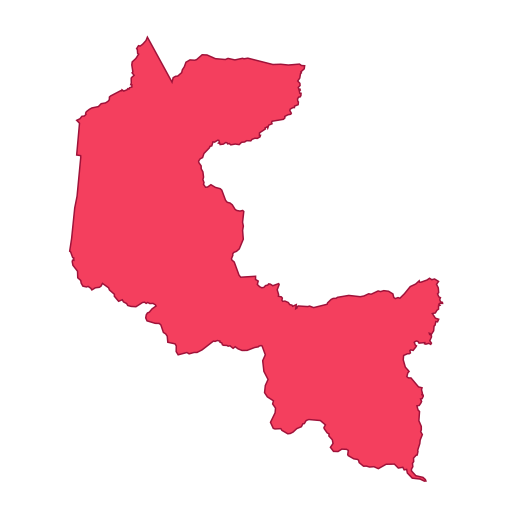 São Miguel do Guaporé, Rondônia, Brazil, rotated 186°
{"feature_id": "56859067B22214144966300", "entity_name": "São Miguel do Guaporé", "entity_type": "district", "adm_level": 2, "iso_a3": "BRA", "parent_name": "Brazil", "parent_adm1": "Rondônia", "projection": "albers", "projection_center": [-63.108, -11.621], "detail": "fine", "context": "isolated", "style": "filled", "palette": "rose", "viewbox_px": 512, "rotation_deg": 186, "n_neighbors": 0, "source": "geoboundaries", "source_scale": "gbopen_adm2", "svg_char_len": 5986}
<svg xmlns="http://www.w3.org/2000/svg" viewBox="0 0 512 512"><g transform="rotate(186 256 256)"><path d="M448.5,372.2L445.4,369.6L444.9,337.7L440.9,337.5L440.6,336.1L440.2,296.8L441.3,284.9L441.2,254.1L441.8,241.3L440.8,240.7L438.1,235.2L437.1,235.1L436.7,232.6L438.0,232.7L438.2,231.2L437.1,227.6L431.9,222.2L431.0,215.7L427.8,213.4L427.0,210.7L425.0,207.9L421.4,207.5L419.8,208.2L417.0,206.7L415.7,205.1L412.4,207.6L408.5,208.5L407.0,209.8L405.8,212.7L399.3,209.0L398.2,206.9L392.8,203.1L392.7,201.2L387.9,196.6L384.4,198.5L383.0,196.5L379.7,195.2L378.4,193.4L375.0,192.8L370.1,193.0L364.0,197.9L362.0,198.4L360.3,197.4L358.8,198.5L356.6,197.6L353.5,198.1L350.9,196.9L350.2,195.8L353.9,192.5L356.2,189.0L358.0,188.0L359.0,186.0L359.2,182.9L357.6,180.1L349.2,178.5L345.2,178.8L343.4,177.5L340.1,170.3L337.7,169.1L335.9,167.0L334.7,161.0L327.4,160.2L325.9,158.3L325.4,152.6L323.1,149.6L314.6,152.8L312.3,151.7L307.5,153.6L304.6,153.9L299.8,157.0L289.5,166.9L287.7,166.8L285.7,167.9L283.0,167.6L282.8,166.5L281.0,166.0L280.1,164.2L279.0,163.8L275.5,164.0L274.3,163.4L272.5,164.0L269.1,161.8L267.2,163.6L264.2,161.8L260.0,160.6L255.0,161.2L247.7,164.9L244.2,165.9L243.6,166.7L241.6,167.5L240.5,167.1L236.4,158.7L238.4,152.6L236.1,142.1L231.1,134.5L233.2,128.2L233.2,121.0L230.0,117.1L223.5,113.8L224.0,110.6L220.7,106.8L220.6,102.1L224.2,92.1L220.8,86.4L219.1,86.0L213.3,86.9L212.0,85.3L205.8,82.5L203.3,83.1L200.7,84.8L197.4,88.6L193.0,91.0L191.9,94.0L190.4,94.4L189.0,97.5L187.5,98.4L186.3,98.9L174.8,99.1L169.3,95.3L170.5,92.5L170.2,91.5L166.8,87.6L164.7,86.6L164.7,84.6L160.9,81.2L159.8,77.6L162.0,73.5L158.5,69.8L154.0,70.1L150.5,72.9L145.7,73.2L143.9,72.3L144.0,68.0L143.4,67.1L137.5,64.5L133.7,64.3L132.6,63.5L131.8,61.3L127.1,58.2L124.3,58.6L121.0,58.0L116.7,58.8L112.1,57.3L104.8,62.5L96.6,63.5L92.3,60.0L87.9,61.2L86.3,58.8L83.9,59.5L82.8,56.0L77.4,51.4L69.5,51.3L65.0,49.7L63.5,50.0L64.2,51.4L66.8,53.3L74.1,54.2L78.9,58.5L79.1,60.4L78.0,62.8L78.7,66.2L77.7,68.0L78.2,71.5L75.9,74.6L74.9,74.9L74.5,78.5L74.9,79.7L73.5,86.5L73.5,90.1L71.9,95.8L73.9,98.6L73.4,100.3L73.8,103.8L76.8,109.2L77.1,118.4L78.8,119.9L80.3,123.8L78.1,124.4L76.8,126.7L76.1,128.7L77.4,131.0L75.9,131.5L75.0,134.0L75.2,135.2L76.5,135.4L76.1,136.7L77.4,140.2L77.1,142.3L80.7,142.8L89.1,150.9L91.7,150.7L93.4,151.8L92.8,155.6L91.7,157.2L95.9,161.1L98.7,168.1L98.8,172.5L95.2,174.6L93.2,174.9L92.3,175.8L93.1,178.0L92.4,178.8L89.9,178.5L87.5,182.3L87.0,183.4L88.3,184.1L89.6,186.7L88.8,187.5L87.4,188.3L85.8,187.8L84.8,186.4L79.1,187.5L79.2,186.3L77.8,186.1L75.0,187.2L73.0,186.4L72.4,187.7L74.3,189.9L73.0,193.9L73.7,195.8L71.5,200.2L71.6,204.9L70.7,205.9L70.3,209.6L68.6,209.5L67.7,212.2L71.1,212.9L74.6,217.2L71.7,218.1L70.4,220.9L68.9,222.3L69.3,225.4L67.9,226.2L69.1,227.1L68.5,228.1L65.5,228.4L65.8,229.4L67.3,229.6L68.4,231.0L68.7,232.4L68.2,233.8L69.9,234.5L71.5,237.3L70.5,238.7L71.4,243.4L73.5,246.7L71.8,249.8L76.0,251.8L78.7,250.8L81.1,252.0L83.4,250.0L89.4,247.1L90.7,247.1L91.1,248.4L94.3,244.8L99.4,241.7L104.5,233.9L108.5,229.0L110.4,229.5L113.0,228.2L114.6,229.1L115.9,232.6L120.5,234.8L125.3,234.9L128.4,233.6L130.9,234.0L137.5,230.0L140.0,230.2L144.5,227.5L148.1,226.4L159.6,226.5L170.7,223.4L171.9,222.3L174.8,221.9L176.7,220.7L179.9,216.9L180.3,215.4L193.3,210.7L197.5,211.8L199.2,211.1L208.8,210.7L209.8,209.7L209.8,208.6L211.0,207.7L210.9,211.8L214.3,209.8L215.1,210.9L217.4,211.2L219.0,213.1L222.5,214.2L224.7,213.7L225.6,214.7L225.4,216.9L226.5,218.0L229.5,218.3L229.5,220.1L231.4,224.6L230.0,230.0L230.6,230.9L236.2,228.2L238.8,229.5L240.5,229.6L241.3,228.3L243.4,227.6L244.9,225.6L246.9,225.0L249.1,225.8L251.7,227.8L251.2,231.3L254.0,232.6L254.3,235.8L269.0,233.3L270.9,235.2L277.0,247.7L279.7,249.6L280.1,250.8L279.1,254.3L279.4,255.8L278.4,257.3L275.9,258.6L273.4,261.3L270.4,271.4L272.0,280.1L271.7,284.4L272.9,288.2L272.8,299.0L274.0,299.9L276.6,299.0L280.0,299.3L281.7,300.2L284.9,304.4L287.4,306.0L290.2,306.4L292.1,308.2L296.9,317.9L298.6,319.2L303.6,320.0L308.3,322.2L311.4,319.5L313.4,319.1L315.7,321.8L315.4,323.6L316.8,326.5L316.4,329.0L317.6,334.1L319.6,337.0L320.0,339.9L322.6,342.9L323.0,344.4L321.7,346.8L319.4,348.3L318.5,352.5L313.6,358.8L313.3,360.2L311.5,360.9L310.7,365.0L309.1,364.9L306.1,367.2L305.1,367.1L304.2,365.2L305.1,364.4L303.8,364.1L303.3,363.1L300.1,363.9L298.0,365.7L296.7,365.6L295.9,364.5L294.4,365.1L292.7,363.9L288.3,365.2L284.4,365.0L282.2,367.6L279.2,368.2L277.4,369.7L273.2,370.0L272.2,371.6L269.4,373.0L266.9,373.1L264.5,374.9L264.2,376.4L265.2,376.2L265.4,378.8L260.0,383.3L260.4,384.3L258.3,385.7L257.7,384.5L257.0,387.5L253.9,389.2L254.5,390.4L254.1,391.7L243.0,394.8L241.7,396.4L242.0,397.8L239.0,399.8L236.3,400.6L235.8,401.7L237.6,404.3L237.3,405.7L234.7,407.5L233.3,407.6L233.3,409.1L229.9,410.9L229.9,413.6L230.7,414.4L231.1,416.6L230.2,418.5L228.8,418.8L228.1,420.2L228.2,422.5L229.4,422.4L230.2,424.7L229.3,425.6L229.8,426.6L230.8,426.1L231.6,428.1L230.0,430.1L230.4,432.3L232.8,434.4L231.1,437.5L230.8,442.1L230.0,442.9L230.6,443.8L227.6,447.2L227.5,450.3L230.7,450.2L232.8,451.4L243.8,449.3L251.4,449.3L259.2,448.2L284.8,451.9L288.5,450.9L290.1,451.2L297.5,448.8L304.5,449.6L307.0,448.2L317.0,448.0L325.7,450.8L330.6,450.5L335.6,445.1L337.4,444.3L342.2,444.1L345.9,441.4L347.1,436.6L348.7,433.5L349.1,430.6L352.7,426.7L354.8,426.3L357.0,424.7L357.7,420.1L386.9,462.3L387.9,458.8L390.9,454.7L393.1,452.7L394.8,452.9L395.5,451.6L396.4,449.7L395.6,449.0L394.9,445.1L393.8,444.5L396.1,439.9L399.4,436.1L399.5,433.1L397.7,426.2L398.4,425.2L396.1,423.0L398.5,420.4L398.7,419.4L398.1,415.0L398.5,413.3L397.4,413.3L397.1,411.1L399.4,410.1L399.9,408.7L401.0,409.0L401.7,407.8L404.8,406.2L406.7,407.3L406.9,406.3L407.8,406.3L417.3,400.0L418.4,398.8L418.2,396.2L419.3,394.4L421.7,392.5L425.9,391.3L428.4,388.1L434.7,386.1L437.0,384.5L439.8,381.8L440.4,380.2L439.9,379.1L441.3,377.3L443.8,376.7L445.4,374.1L448.5,372.2ZM73.7,195.8L75.1,196.1L75.6,197.3L74.5,197.1L73.7,195.8Z" fill="#f43f5e" stroke="#9f1239" stroke-width="1.5"/></g></svg>